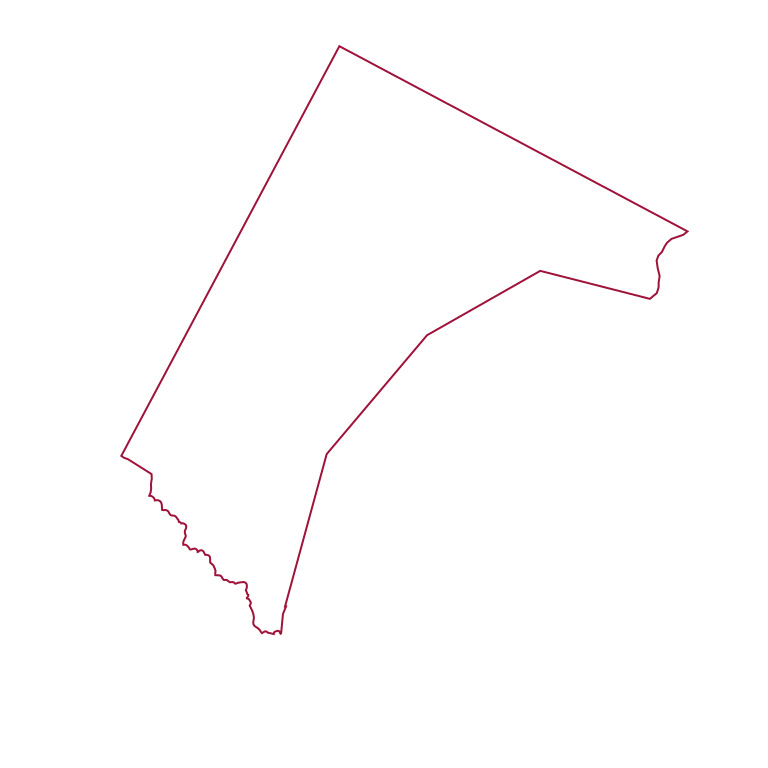 Nsork, Wele-Nzás, Equatorial Guinea (Albers equal-area conic projection), rotated 208°
{"feature_id": "11065452B58050641555743", "entity_name": "Nsork", "entity_type": "district", "adm_level": 2, "iso_a3": "GNQ", "parent_name": "Equatorial Guinea", "parent_adm1": "Wele-Nzás", "projection": "albers", "projection_center": [11.202, 1.263], "detail": "fine", "context": "isolated", "style": "outline", "palette": "rose", "viewbox_px": 768, "rotation_deg": 208, "n_neighbors": 0, "source": "geoboundaries", "source_scale": "gbopen_adm2", "svg_char_len": 5362}
<svg xmlns="http://www.w3.org/2000/svg" viewBox="0 0 768 768"><g transform="rotate(208 384 384)"><path d="M189.2,584.0L185.8,592.4L186.9,598.2L189.3,602.9L191.3,608.7L196.9,615.0L201.3,621.1L202.0,626.2L200.6,631.1L200.8,637.5L200.4,641.7L198.3,647.1L189.8,656.2L187.7,661.2L582.0,661.3L582.2,197.2L579.0,196.8L574.8,197.4L546.9,195.3L544.5,191.2L543.4,187.9L542.4,185.5L540.5,182.4L539.9,180.7L539.2,178.9L538.8,175.0L538.7,175.0L538.3,175.3L538.0,175.5L537.9,175.6L537.2,175.8L536.9,175.8L536.7,175.9L535.8,175.8L535.5,175.8L535.3,175.8L534.6,175.6L534.3,175.5L533.4,175.2L532.6,174.7L531.7,173.6L531.1,174.1L530.8,174.3L530.5,174.5L529.1,175.2L528.7,175.3L528.3,175.4L527.0,175.4L526.7,175.3L526.3,175.3L525.6,175.0L525.2,174.7L524.9,174.5L524.3,173.9L524.2,173.8L524.0,173.7L523.5,173.0L523.4,172.9L523.0,172.2L522.7,171.7L522.3,171.1L521.8,170.4L521.7,170.2L521.1,169.1L520.8,168.7L520.7,168.6L519.7,169.0L519.2,169.3L518.7,169.6L517.6,170.2L517.2,170.3L516.8,170.4L516.4,170.5L516.2,170.5L515.5,170.4L515.2,170.3L514.9,170.3L514.4,170.1L514.1,169.9L513.8,169.7L513.4,169.4L513.2,169.3L513.1,169.2L512.5,168.8L511.9,168.5L511.0,168.2L510.7,168.1L509.9,168.2L508.5,168.8L508.4,168.8L507.9,169.0L507.6,169.1L507.3,169.2L507.0,169.3L506.4,169.3L506.0,169.2L505.6,169.2L504.9,168.9L504.7,168.8L504.0,168.4L503.2,168.0L502.6,167.8L502.5,167.7L502.4,167.7L501.8,167.4L501.6,167.2L501.4,167.1L500.9,166.6L500.7,166.4L500.5,166.2L500.3,165.9L499.9,166.0L499.6,166.1L499.1,166.2L498.9,166.2L498.6,166.1L498.1,166.1L497.6,165.8L497.5,165.7L497.0,166.1L496.8,166.2L496.6,166.4L496.1,166.6L495.9,166.6L495.5,166.8L495.1,166.8L494.8,166.8L494.0,166.8L493.8,166.7L493.6,166.7L493.1,166.6L492.3,166.1L492.0,165.7L491.8,165.3L491.5,165.0L491.3,164.2L491.2,164.1L491.0,163.2L491.0,162.9L491.0,161.7L490.9,161.2L490.8,160.6L490.6,160.3L490.2,159.6L489.7,158.8L489.4,158.5L488.6,157.8L488.4,157.6L488.1,157.3L487.7,156.7L487.6,156.4L487.5,156.1L487.4,155.6L487.4,155.4L487.3,152.4L487.2,151.0L486.8,149.7L486.4,148.8L486.2,148.5L486.1,148.4L485.7,147.8L484.6,148.5L484.4,148.6L484.1,148.7L483.7,148.9L482.8,148.9L482.4,148.8L482.0,148.8L481.6,148.7L481.2,148.6L480.7,148.4L480.3,148.3L480.2,148.2L479.4,147.8L479.0,147.7L478.7,147.5L478.4,147.3L478.1,147.0L477.8,146.9L477.6,146.9L477.2,147.0L476.7,147.3L476.0,147.9L475.5,148.4L475.5,148.5L475.4,148.6L474.9,149.1L474.7,149.2L474.6,149.3L474.1,149.7L473.1,150.0L472.5,150.0L472.1,149.9L471.8,149.9L471.4,149.8L471.1,149.6L470.7,149.4L470.4,149.2L470.2,148.9L470.0,148.6L469.7,148.2L469.1,148.9L469.0,149.4L468.9,149.6L468.8,149.8L468.6,150.2L468.5,150.3L468.2,150.8L467.5,151.3L467.4,151.4L467.1,151.5L466.2,151.6L465.7,151.6L465.1,151.4L464.9,151.3L464.7,151.3L464.3,151.1L464.0,150.9L463.7,150.7L463.2,150.2L462.2,149.6L461.6,149.2L461.3,149.5L460.5,149.9L459.6,150.1L459.4,150.2L458.5,150.3L458.0,150.3L457.1,149.9L456.7,149.7L456.4,149.3L455.9,148.7L455.5,148.1L455.4,147.8L455.2,147.6L454.9,147.0L454.9,146.9L454.7,146.5L454.3,145.8L453.9,145.3L453.8,145.0L453.5,144.8L453.5,144.7L452.5,144.4L451.9,144.4L451.7,144.3L451.1,144.2L450.9,144.1L450.2,143.9L449.7,143.8L449.4,143.6L449.0,143.4L448.6,143.1L448.4,142.9L448.1,142.6L447.8,142.4L447.6,142.3L447.4,142.1L447.1,141.9L446.9,141.7L446.7,141.6L446.5,141.3L446.2,141.1L446.0,140.9L445.6,140.5L445.2,140.1L445.1,139.9L444.8,139.5L444.8,139.3L444.6,139.0L444.5,138.5L444.3,137.9L444.1,137.6L443.5,136.6L443.4,136.4L443.2,136.0L442.9,136.1L442.2,136.5L441.7,136.7L441.5,136.8L441.1,136.9L440.4,137.4L440.2,137.5L439.2,137.8L438.9,137.9L438.5,137.9L438.4,137.9L438.2,138.0L437.1,137.7L436.5,137.4L436.3,137.2L436.1,137.1L435.8,136.8L435.5,136.5L435.3,136.5L434.4,136.2L434.2,136.0L433.6,135.8L433.4,135.8L433.2,135.8L432.1,136.6L431.8,136.7L431.6,136.8L431.2,137.0L430.9,137.0L430.7,137.1L430.3,137.1L430.0,137.0L429.7,137.0L429.5,136.9L429.2,136.9L427.1,136.6L426.8,136.7L426.7,136.8L425.6,137.5L425.0,137.9L424.8,137.9L424.6,138.0L424.2,138.2L423.9,138.2L423.6,138.3L423.3,138.3L423.1,138.2L422.9,138.2L422.5,138.1L422.4,138.0L421.7,137.8L421.3,138.0L421.0,138.3L420.8,138.5L420.6,138.8L420.4,139.0L420.1,139.3L419.9,139.6L419.7,139.8L418.8,140.6L418.7,140.6L418.3,140.9L417.9,141.3L416.8,142.0L416.7,142.1L415.4,143.0L415.2,143.0L414.4,143.4L414.2,143.4L414.0,143.5L413.2,143.5L412.3,143.3L411.6,143.0L410.9,142.3L410.0,140.8L409.9,140.6L409.6,140.0L409.6,139.8L409.6,139.7L409.3,138.6L409.2,137.1L408.9,136.8L408.6,136.6L407.1,135.4L406.6,134.9L406.2,134.4L405.6,134.3L405.1,134.2L404.7,133.9L404.5,133.5L404.4,133.0L404.4,132.9L404.6,130.5L404.4,130.3L403.3,130.6L403.2,130.6L402.5,130.6L402.1,130.5L401.9,130.4L399.4,128.9L399.0,128.5L398.9,128.3L398.7,127.9L398.6,127.4L398.5,125.2L397.3,124.4L394.3,122.2L394.2,122.2L391.6,119.8L391.3,119.5L389.2,116.7L389.0,116.2L388.2,114.0L387.5,112.1L386.6,110.7L384.6,109.5L383.3,109.4L381.0,109.2L380.9,109.2L380.7,109.2L378.4,108.5L378.1,108.4L376.0,107.2L374.9,106.7L374.4,107.4L373.2,109.4L372.7,109.8L372.3,110.1L371.8,110.2L371.4,110.2L371.1,110.2L370.0,109.9L363.9,111.5L364.2,112.2L364.4,112.8L364.3,113.4L364.2,113.9L363.8,114.4L362.2,116.0L361.9,116.2L361.6,116.3L361.4,116.4L360.9,116.5L360.4,116.4L360.1,116.3L359.8,116.1L358.1,114.9L358.0,115.0L357.8,115.6L365.2,133.4L366.1,141.5L366.9,141.0L401.7,295.2L368.9,447.3L299.2,557.2L226.7,574.9L189.2,584.0Z" fill="none" stroke="#9f1239" stroke-width="2"/></g></svg>